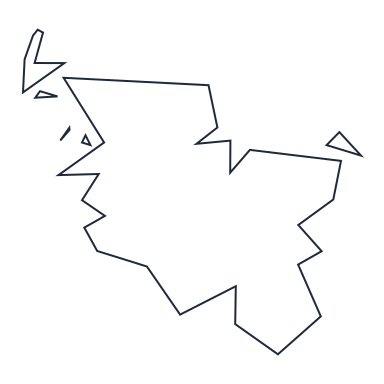 an SVG outline of Schleswig-Holstein
{"feature_id": "DEU-1579", "entity_name": "Schleswig-Holstein", "entity_type": "State", "adm_level": 1, "iso_a3": "DEU", "parent_name": "Germany", "parent_adm1": "", "projection": "mercator", "projection_center": [9.834, 54.215], "detail": "coarse", "context": "isolated", "style": "outline", "palette": "slate", "viewbox_px": 384, "rotation_deg": 0, "n_neighbors": 0, "source": "natural_earth", "source_scale": "10m", "svg_char_len": 690}
<svg xmlns="http://www.w3.org/2000/svg" viewBox="0 0 384 384"><path d="M63.6,77.8L208.5,85.2L217.4,127.5L196.5,143.8L230.4,140.6L230.2,172.7L249.9,149.9L341.0,160.9L333.3,199.5L298.3,225.0L321.6,251.2L298.1,264.6L320.8,316.4L277.9,354.3L235.2,324.1L235.8,286.2L180.1,314.6L146.9,266.5L97.2,251.0L84.3,227.6L104.9,215.9L82.0,200.2L98.7,174.0L58.5,175.1L104.1,142.5L63.6,77.8ZM339.4,132.1L361.0,155.6L326.6,145.1L339.4,132.1ZM43.0,32.6L34.6,63.0L64.3,63.1L23.0,92.4L24.6,59.4L33.0,35.6L37.7,29.7L43.0,32.6ZM40.0,91.2L57.5,96.4L35.3,97.7L40.0,91.2ZM85.5,135.3L90.4,145.1L82.0,142.5L85.5,135.3ZM60.3,140.5L69.3,127.8L69.5,129.9L60.3,140.5Z" fill="none" stroke="#1e293b" stroke-width="2"/></svg>